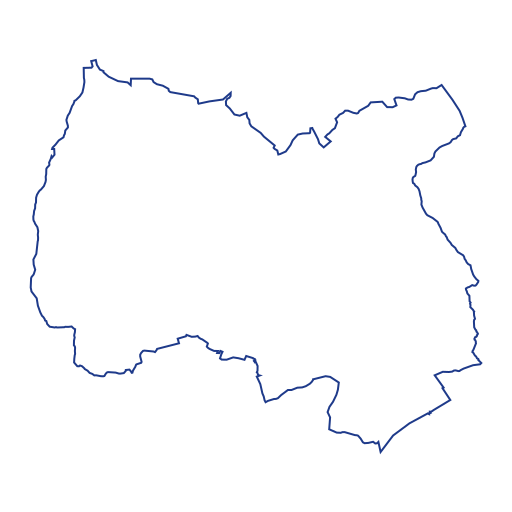 outline of Pietrari, Dâmbovita, Romania
{"feature_id": "2599482B3924685478065", "entity_name": "Pietrari", "entity_type": "district", "adm_level": 2, "iso_a3": "ROU", "parent_name": "Romania", "parent_adm1": "Dâmbovita", "projection": "albers", "projection_center": [25.294, 45.097], "detail": "fine", "context": "isolated", "style": "outline", "palette": "blue", "viewbox_px": 512, "rotation_deg": 0, "n_neighbors": 0, "source": "geoboundaries", "source_scale": "gbopen_adm2", "svg_char_len": 5952}
<svg xmlns="http://www.w3.org/2000/svg" viewBox="0 0 512 512"><path d="M441.6,85.0L436.5,88.2L432.8,88.1L431.0,88.6L425.8,90.7L420.8,91.2L417.5,92.2L415.1,94.3L413.3,98.8L411.5,99.7L408.1,99.5L404.8,98.3L398.6,97.5L395.8,97.7L394.3,99.1L396.5,105.4L392.7,107.2L387.1,107.1L382.3,101.7L370.7,102.4L368.2,105.8L359.4,110.8L358.1,113.0L356.8,113.5L353.3,112.8L348.1,110.7L345.1,110.7L343.1,112.9L339.4,114.7L337.6,117.0L335.5,118.7L337.1,122.3L334.9,128.2L332.4,129.9L329.2,133.4L327.5,134.4L325.2,136.9L330.7,141.4L323.7,147.4L319.3,143.4L318.0,139.2L314.1,131.5L312.6,128.9L312.3,128.0L310.4,128.3L310.1,132.7L309.6,133.2L302.7,133.5L297.8,134.6L292.7,140.3L290.5,145.1L285.8,151.5L280.2,154.0L278.3,154.5L277.3,150.5L274.6,148.9L273.6,147.8L274.7,145.5L263.9,136.6L260.7,132.9L251.3,126.3L249.6,123.4L249.3,119.9L247.3,117.3L246.4,112.9L239.7,115.7L234.4,114.5L229.8,108.5L226.1,105.1L225.9,101.4L227.2,98.8L229.4,97.8L230.6,96.0L230.7,92.8L223.0,99.5L209.4,101.4L198.6,103.7L198.2,103.2L197.8,99.3L195.3,97.6L194.1,96.3L170.3,92.1L168.8,90.8L168.4,88.8L162.8,85.7L156.9,84.2L153.6,82.1L152.3,79.4L149.7,78.7L131.0,78.7L130.7,85.2L127.6,82.4L118.0,81.1L108.7,76.7L103.5,72.3L103.5,71.1L99.9,69.6L96.9,64.9L95.8,60.0L91.2,61.1L92.6,66.4L91.5,67.7L83.7,67.9L83.9,77.9L84.3,79.8L84.4,82.1L83.5,87.7L82.4,92.5L79.8,96.3L75.8,100.2L74.4,100.9L74.3,101.7L73.4,104.1L72.1,106.0L69.6,112.9L67.8,115.6L66.4,119.9L66.7,121.7L67.9,125.8L67.9,127.5L65.3,130.5L64.8,133.9L64.0,135.3L63.5,137.3L58.8,140.4L55.5,144.6L52.5,147.7L52.1,149.0L54.2,149.0L54.5,154.7L52.2,157.5L51.5,156.3L50.8,158.8L49.1,162.6L49.4,164.6L49.2,165.4L47.0,167.7L46.4,168.7L46.3,169.4L46.2,174.1L45.7,176.7L45.9,179.9L45.5,182.0L43.9,186.1L40.9,189.6L39.7,190.5L38.6,192.0L37.0,194.7L36.1,197.7L36.0,202.5L35.2,204.5L35.1,208.3L34.1,211.0L33.8,214.3L33.3,216.5L33.4,219.5L33.7,220.8L34.4,221.9L35.1,223.7L37.4,227.2L38.2,231.1L37.8,234.7L38.1,237.7L38.0,240.4L37.7,241.3L36.3,253.9L33.4,259.5L33.7,264.6L35.2,269.7L33.9,273.8L33.4,274.8L31.6,276.9L31.1,278.2L30.7,287.5L31.5,291.5L36.7,298.3L37.9,305.7L40.3,312.4L42.0,315.8L43.3,317.0L44.6,318.9L45.1,320.5L46.3,321.0L47.2,324.0L49.7,326.7L54.8,327.5L56.0,327.1L57.0,327.5L64.4,327.2L65.2,326.8L68.2,326.9L71.6,326.5L73.7,328.5L75.1,329.2L74.9,332.2L74.3,334.6L74.2,335.8L74.7,337.4L74.0,340.6L73.9,345.3L74.8,346.4L75.1,347.8L74.9,351.0L75.1,353.9L74.7,355.3L74.3,358.7L74.1,362.5L77.3,366.2L79.0,366.3L80.0,365.5L82.0,366.2L84.3,368.3L84.7,369.0L87.6,370.7L89.6,372.9L92.3,373.9L94.3,375.4L96.2,375.3L100.9,376.2L103.2,376.3L104.4,376.0L105.9,373.5L107.2,372.3L108.3,372.1L115.7,372.6L119.0,373.6L120.4,373.6L123.8,373.1L125.7,371.0L125.8,370.0L129.4,369.6L130.8,371.2L131.7,372.8L132.4,372.7L133.0,370.6L135.3,366.8L136.0,364.9L136.4,364.4L141.2,362.8L141.6,361.9L140.2,356.5L140.2,354.7L141.1,353.0L143.0,350.9L144.4,350.6L153.5,351.5L155.0,352.1L156.5,350.2L157.1,348.9L179.0,343.3L177.7,338.7L185.9,336.3L186.5,334.9L191.7,336.8L195.3,336.6L197.6,336.0L198.9,337.6L200.7,338.8L202.3,339.4L207.4,342.9L207.9,343.5L206.8,346.6L207.8,347.7L209.5,348.9L214.0,350.9L217.9,351.0L217.1,353.0L219.3,353.1L220.4,350.9L222.5,351.8L221.3,354.3L220.0,358.4L221.7,359.6L226.6,359.7L233.2,357.4L238.4,358.2L244.5,359.8L246.2,356.0L253.0,358.1L253.2,358.5L254.8,359.0L255.0,359.8L253.9,360.9L254.2,361.3L255.3,360.9L255.1,362.3L255.9,362.2L257.6,366.0L257.5,370.8L256.8,372.3L257.5,373.0L257.9,374.4L258.6,375.2L259.7,375.5L256.8,376.6L260.3,384.1L262.4,393.4L263.7,396.4L264.6,400.3L265.6,402.2L267.9,400.9L274.0,399.0L276.0,398.9L277.9,398.2L281.1,395.1L287.9,390.0L291.5,390.0L297.3,387.7L302.2,387.4L305.8,386.2L309.9,383.7L311.7,381.9L313.3,379.6L313.2,379.3L325.6,376.2L330.2,376.9L338.8,382.5L337.9,389.7L336.4,394.8L333.0,401.8L329.5,406.8L327.6,412.1L330.1,417.4L329.2,429.3L336.7,432.6L340.7,432.8L342.6,432.1L344.6,432.1L354.9,435.1L357.0,435.3L358.1,435.7L360.7,438.7L362.9,442.3L364.6,443.2L368.4,442.9L373.1,441.8L375.3,443.5L377.0,443.3L378.4,441.9L380.6,452.0L393.1,435.5L409.5,423.3L427.6,413.5L429.0,414.1L428.9,413.4L429.5,413.5L430.6,412.9L429.8,412.1L429.8,411.7L430.4,411.8L432.4,411.0L433.2,410.3L450.3,400.0L442.5,388.2L443.6,387.6L434.7,375.3L442.8,371.8L448.9,372.0L452.2,371.6L454.0,370.5L455.7,370.4L458.4,371.1L459.5,371.0L460.5,370.2L463.6,368.6L473.1,365.2L480.1,364.3L481.3,363.0L478.3,360.0L478.5,359.3L478.2,358.9L477.0,358.3L476.1,356.5L474.9,355.5L473.2,352.6L472.4,352.1L472.6,351.0L473.4,349.8L476.0,343.3L475.8,342.5L475.8,341.4L475.2,340.1L474.6,339.7L474.4,338.8L475.1,337.2L476.3,336.8L477.0,335.8L476.8,335.3L477.8,334.1L477.9,333.5L477.3,332.8L477.1,332.2L476.4,331.6L476.2,330.3L475.4,329.6L474.2,327.3L473.9,321.5L474.1,320.0L475.0,318.8L474.1,315.6L473.9,312.2L474.2,311.5L473.5,310.8L473.1,309.9L470.3,307.1L470.5,304.9L470.0,303.7L470.6,302.6L469.6,301.3L469.4,295.8L467.4,293.5L466.8,291.3L466.0,289.6L465.9,288.5L467.7,287.4L469.4,286.9L472.2,285.1L474.1,285.7L475.5,285.6L476.4,284.7L478.2,282.0L478.4,280.9L476.3,279.1L474.2,276.4L473.1,274.5L471.2,269.0L470.5,265.3L468.2,264.1L466.7,262.4L465.7,260.3L464.6,258.8L464.1,256.8L463.2,255.3L457.9,252.1L456.3,249.8L455.3,247.9L451.8,245.0L450.5,242.8L447.6,239.6L446.7,237.1L446.0,236.4L445.2,234.6L442.3,232.1L441.9,231.5L440.6,227.9L438.2,223.4L438.0,222.5L437.5,221.8L432.7,218.0L427.3,215.2L426.0,213.7L422.6,207.6L421.4,204.6L421.7,201.2L421.3,199.9L421.2,198.2L420.3,195.4L419.5,191.3L418.6,188.9L417.4,187.2L415.2,185.5L414.3,183.8L413.0,183.0L412.7,181.6L412.5,179.4L412.8,177.9L413.4,177.0L415.2,175.9L415.5,175.0L416.1,172.1L415.8,169.5L416.3,167.0L416.9,166.0L418.2,164.8L419.3,164.3L421.2,163.9L422.4,163.1L425.5,162.4L430.6,160.4L433.9,156.8L434.4,153.5L435.4,151.5L439.5,147.5L442.2,146.0L449.0,143.4L450.6,142.2L452.0,140.0L453.2,139.1L456.2,138.4L457.8,136.3L460.0,135.2L460.9,132.2L463.0,128.7L463.3,127.7L464.2,126.8L465.4,126.3L462.5,117.8L459.6,110.8L452.4,99.7L441.6,85.0Z" fill="none" stroke="#1e3a8a" stroke-width="2"/></svg>